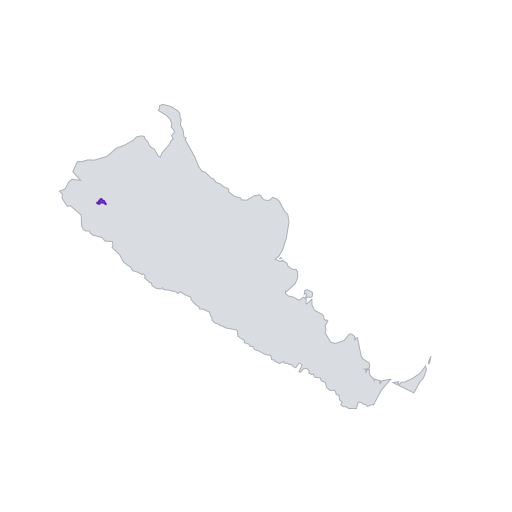 Capital, Salta, Argentina (highlighted), rotated 297°
{"feature_id": "61730980B15488687390300", "entity_name": "Capital", "entity_type": "district", "adm_level": 2, "iso_a3": "ARG", "parent_name": "Argentina", "parent_adm1": "Salta", "projection": "equal_earth", "projection_center": [-65.343, -24.972], "detail": "fine", "context": "in_parent", "style": "filled", "palette": "violet", "viewbox_px": 512, "rotation_deg": 297, "n_neighbors": 0, "source": "geoboundaries", "source_scale": "gbopen_adm2", "svg_char_len": 5306}
<svg xmlns="http://www.w3.org/2000/svg" viewBox="0 0 512 512"><g transform="rotate(297 256 256)"><path d="M309.8,164.1L307.0,169.4L307.6,172.9L304.9,181.3L305.5,182.9L303.5,186.9L304.0,191.1L303.0,195.2L303.3,200.3L302.5,201.9L300.8,202.3L299.4,209.4L300.7,216.2L299.4,217.6L301.6,222.5L308.6,226.8L312.0,231.2L312.1,233.0L310.1,235.8L309.8,238.1L310.8,241.2L312.5,243.1L315.9,244.3L316.2,248.6L315.6,251.4L308.9,261.3L307.3,265.6L301.1,270.0L285.4,275.0L273.3,276.9L266.3,276.5L261.8,274.5L262.1,280.0L264.3,281.6L263.1,281.7L264.1,282.7L263.5,287.2L262.0,288.1L260.9,291.8L260.9,295.0L262.3,297.6L260.8,300.3L255.6,302.9L249.4,303.5L238.0,299.3L238.4,298.6L237.8,298.4L235.9,299.2L235.1,302.9L236.4,308.5L236.0,313.4L236.7,315.0L240.8,316.8L240.5,318.8L241.9,319.0L244.8,318.5L245.2,317.0L243.7,316.4L247.7,315.1L249.2,317.2L249.3,322.1L248.6,323.4L245.4,324.4L244.5,324.1L242.8,320.6L241.3,319.9L236.8,321.8L236.3,322.9L242.8,325.4L238.0,328.0L234.2,332.6L234.1,341.0L233.2,343.4L230.6,345.5L230.2,347.1L231.1,348.1L230.7,349.6L225.7,349.1L222.2,351.7L218.9,352.5L213.1,361.8L214.0,366.3L220.6,372.8L228.8,374.6L229.9,376.7L229.5,379.3L228.6,380.8L225.6,382.2L228.1,382.2L229.3,383.5L214.7,395.0L212.8,398.3L212.1,405.1L211.0,406.5L208.0,407.8L206.0,406.4L204.3,403.9L204.4,405.9L201.7,406.7L205.0,406.8L206.6,408.4L202.1,410.9L200.9,413.1L200.4,416.2L198.7,418.0L200.0,417.6L201.4,423.7L197.9,424.1L202.2,425.1L207.3,431.9L206.9,432.4L206.7,431.7L193.8,428.7L176.5,428.2L176.7,427.3L172.6,423.6L173.4,421.0L172.6,418.7L173.4,416.7L172.7,414.2L171.2,413.4L165.7,414.8L162.3,408.1L162.4,404.4L161.4,402.0L162.2,399.0L165.1,398.9L165.8,395.7L169.4,393.2L169.3,390.1L171.5,388.3L171.9,386.8L169.8,382.8L171.1,378.4L174.9,375.1L174.4,370.8L176.5,368.7L174.7,363.1L176.8,360.7L175.7,359.3L175.6,356.3L177.8,355.5L179.0,352.2L176.7,349.3L172.7,348.4L172.4,346.8L179.7,346.7L180.5,344.3L180.0,342.9L174.5,342.2L174.4,339.0L175.6,336.9L174.4,334.8L174.8,332.8L173.3,329.9L174.6,328.6L170.9,325.7L170.7,320.7L171.5,319.5L170.9,316.8L174.2,314.3L172.5,309.5L172.6,300.3L171.9,297.8L173.9,294.0L172.8,291.5L174.2,289.6L173.5,284.8L175.2,284.4L176.3,276.2L180.4,273.7L181.3,272.1L178.1,261.6L178.3,257.6L177.6,255.8L178.3,253.4L177.6,250.0L178.8,246.0L181.7,244.3L181.9,242.9L184.9,240.1L184.6,233.3L183.2,229.7L184.7,228.5L185.6,223.2L187.8,217.6L189.7,216.6L189.2,210.3L189.8,204.5L187.2,203.5L187.8,199.4L186.8,198.4L186.2,194.0L184.5,190.2L184.3,188.4L185.3,187.3L183.3,185.8L181.9,182.2L182.2,178.9L182.5,176.7L184.5,175.1L184.1,173.5L185.8,166.7L187.9,166.4L188.9,164.0L187.8,162.7L188.0,158.6L186.9,152.7L188.9,149.8L190.4,140.6L195.2,134.1L198.3,123.8L200.9,123.7L203.6,121.4L200.8,114.7L202.5,110.4L200.6,101.4L201.1,98.1L202.7,96.1L200.9,92.7L201.4,89.9L204.0,86.6L213.0,81.8L216.5,67.8L214.6,65.3L219.4,57.0L223.0,55.6L224.4,51.4L229.0,55.4L237.0,55.6L240.9,57.2L243.7,65.4L247.9,54.5L258.9,54.0L261.1,58.1L265.2,62.4L268.1,68.5L277.1,78.0L288.6,82.6L295.6,89.0L303.8,94.3L307.9,95.5L311.0,99.3L311.7,102.1L309.8,104.3L308.3,108.4L306.0,110.8L305.1,113.5L305.1,116.8L300.7,123.5L300.8,126.0L305.2,125.4L315.7,128.1L320.7,128.0L322.4,129.2L325.2,126.1L329.6,127.3L332.7,121.9L335.6,120.9L338.9,117.1L340.5,112.5L341.4,102.7L343.1,103.3L346.1,101.9L348.7,103.9L350.6,112.2L349.9,120.2L348.5,123.4L345.3,125.2L343.5,127.4L338.4,129.1L335.6,133.4L329.2,137.9L329.5,140.2L327.5,140.1L316.6,156.3L309.8,164.1ZM205.7,458.8L205.4,435.6L208.8,440.2L207.2,439.9L206.7,442.1L209.5,442.6L210.8,445.3L217.0,450.4L225.9,455.4L234.8,457.0L232.3,459.4L223.6,460.6L218.5,459.3L205.7,458.8ZM238.3,458.5L241.0,457.6L246.2,457.4L239.3,459.3L238.3,458.5ZM265.7,278.7L265.6,279.8L264.0,278.1L265.7,278.7Z" fill="#d9dde1" stroke="#a8b0b8" stroke-width="1"/><path d="M234.3,98.6L234.4,98.4L234.5,98.4L234.7,98.1L234.8,97.9L234.8,97.7L234.9,97.4L235.0,97.3L235.1,97.2L235.2,96.9L235.2,96.7L235.3,96.5L235.3,96.4L235.5,96.3L235.8,96.3L236.0,96.2L236.1,95.9L236.1,95.7L236.1,95.4L236.1,95.2L236.2,94.9L236.1,94.7L235.9,94.6L235.9,94.4L235.9,94.2L235.9,93.9L235.9,93.7L236.0,93.6L235.9,93.6L236.0,93.5L236.0,93.4L236.2,93.2L236.3,93.1L236.4,92.7L236.5,92.4L236.7,92.2L236.4,91.9L236.2,91.6L235.8,91.5L235.6,91.6L235.1,91.6L234.9,91.7L234.7,91.7L234.5,91.8L234.4,91.8L234.2,91.8L233.9,91.8L233.8,91.7L233.9,91.4L234.0,91.3L233.9,91.2L234.0,91.2L234.3,91.2L234.5,91.2L234.4,91.0L234.2,91.0L233.9,91.1L233.7,91.1L233.4,91.1L233.2,91.1L232.9,91.0L232.7,91.0L232.3,91.0L232.2,90.9L231.9,90.7L231.7,90.5L231.5,90.4L231.4,90.3L231.2,90.3L231.2,90.2L231.0,90.3L231.0,90.5L230.9,90.6L231.0,90.7L231.0,90.8L230.9,90.8L230.9,91.0L230.9,91.4L230.9,91.5L230.8,91.8L231.0,92.0L230.9,92.1L230.9,92.3L231.0,92.3L231.2,92.5L231.3,92.5L231.4,92.8L231.4,93.0L231.5,93.2L231.9,93.2L232.1,93.1L232.3,93.0L232.5,93.0L232.6,92.9L232.8,92.9L233.0,92.9L233.1,93.0L233.1,92.9L233.3,92.9L233.4,93.0L233.3,93.3L233.3,93.5L233.4,93.8L233.4,94.0L233.5,94.0L233.6,94.3L233.6,94.5L233.6,94.8L233.6,95.0L233.8,95.3L233.8,95.5L233.9,95.8L234.0,95.8L234.1,96.0L234.1,96.3L234.3,96.4L234.4,96.5L234.5,96.6L234.5,96.8L234.5,97.0L234.4,97.0L234.2,97.1L234.1,97.3L234.0,97.5L234.0,97.8L234.1,98.0L233.9,98.1L234.0,98.2L234.0,98.3L234.0,98.5L233.9,98.6L233.9,98.8L234.0,98.8L234.1,98.7L234.3,98.6L234.3,98.6Z" fill="#8b5cf6" stroke="#5b21b6" stroke-width="1.5"/></g></svg>